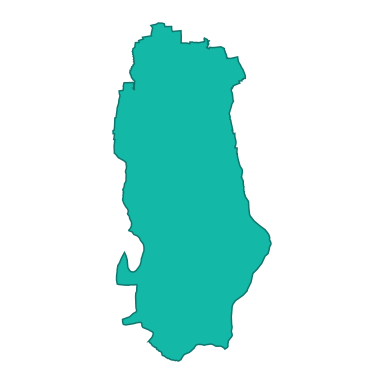 Recea, Brasov, Romania (Equal Earth projection)
{"feature_id": "2599482B10221924688269", "entity_name": "Recea", "entity_type": "district", "adm_level": 2, "iso_a3": "ROU", "parent_name": "Romania", "parent_adm1": "Brasov", "projection": "equal_earth", "projection_center": [24.936, 45.69], "detail": "fine", "context": "isolated", "style": "filled", "palette": "teal", "viewbox_px": 384, "rotation_deg": 0, "n_neighbors": 0, "source": "geoboundaries", "source_scale": "gbopen_adm2", "svg_char_len": 5862}
<svg xmlns="http://www.w3.org/2000/svg" viewBox="0 0 384 384"><path d="M224.9,349.1L227.5,347.3L227.9,346.4L227.9,344.0L228.4,341.1L228.9,340.1L231.6,336.7L232.1,335.8L232.2,334.7L231.3,331.3L232.0,327.9L232.1,326.8L231.6,324.4L231.3,316.7L232.2,306.2L233.1,303.9L235.4,300.7L243.3,295.0L247.1,290.9L247.5,289.3L250.8,282.6L251.2,281.3L252.8,273.7L253.3,273.0L256.9,269.5L261.9,263.1L265.0,256.2L267.6,254.0L268.1,253.4L269.3,249.1L269.5,247.1L270.8,244.6L271.0,243.6L270.6,241.8L269.5,239.8L269.7,237.4L268.6,234.4L267.6,232.9L265.0,229.6L259.9,225.9L254.1,221.0L250.3,216.1L249.6,214.7L248.8,207.8L248.5,201.5L245.1,196.4L245.0,195.9L245.2,195.4L244.5,194.3L244.3,193.1L244.1,191.8L244.3,191.6L243.6,190.5L243.9,189.9L243.6,188.2L243.9,187.3L243.9,186.6L243.6,186.1L243.3,184.9L243.5,184.5L243.2,183.2L243.3,181.5L243.0,180.3L241.9,178.6L241.9,177.7L241.3,177.0L241.7,176.1L242.1,173.3L242.4,172.7L242.4,171.8L242.3,170.0L241.9,169.0L240.1,166.3L239.4,164.0L237.9,158.6L237.7,157.2L237.4,156.0L237.3,153.5L236.8,153.4L237.1,148.0L235.0,147.9L235.1,146.1L235.5,146.0L236.0,143.0L235.9,141.2L235.5,139.4L235.0,137.4L234.8,136.2L234.8,133.4L233.4,133.8L233.2,133.5L233.2,133.0L232.8,131.8L232.0,130.4L232.8,130.2L230.9,121.6L230.7,120.0L230.0,119.2L230.1,118.3L230.0,117.9L230.1,117.7L230.1,116.7L229.2,113.4L231.5,105.8L231.5,105.2L231.8,104.2L233.5,101.1L233.4,100.8L233.0,99.9L232.5,95.0L232.3,93.4L231.2,90.5L231.2,90.1L231.6,88.2L232.0,88.6L232.4,88.1L232.9,87.0L233.3,86.4L233.2,85.8L238.2,83.7L239.8,83.2L238.9,81.1L242.0,80.8L241.9,79.7L242.1,79.4L243.2,79.3L243.4,78.5L245.3,78.4L245.3,76.4L245.1,75.2L243.1,69.9L242.7,69.2L241.5,67.5L240.5,65.3L239.8,64.0L239.2,63.3L238.8,62.3L238.2,60.8L237.6,56.9L231.0,58.4L227.3,58.4L227.5,57.8L227.2,57.6L226.7,57.5L226.4,57.0L226.7,56.3L226.4,55.1L226.1,54.5L226.1,54.2L225.9,53.6L225.5,53.2L225.2,52.2L225.2,51.8L224.3,49.7L224.3,49.3L224.3,48.5L220.9,46.8L214.7,47.5L212.3,47.6L209.8,47.3L209.1,48.8L207.3,48.0L207.6,47.6L206.9,47.2L207.4,47.0L207.7,46.2L208.0,45.7L207.7,44.7L208.5,44.4L208.6,43.7L207.5,43.7L207.7,42.9L207.6,42.2L208.4,42.1L209.1,40.9L207.5,40.9L207.4,39.6L204.4,38.1L204.1,38.8L204.6,41.6L198.0,42.8L197.7,42.5L193.5,42.5L192.6,42.1L189.9,42.1L189.9,43.7L186.2,43.0L184.2,43.1L181.1,43.0L181.2,40.2L181.2,35.5L181.0,32.7L181.0,30.7L172.5,31.5L171.7,29.9L171.6,26.5L164.9,26.6L164.3,23.8L162.7,23.4L162.5,23.2L158.3,23.0L156.9,23.8L156.3,24.3L154.1,24.7L150.9,25.5L152.7,27.9L152.7,28.1L152.4,28.7L151.2,34.2L151.5,35.8L142.5,37.3L143.4,39.0L138.6,40.6L139.0,42.5L135.4,42.6L134.8,47.4L133.0,48.7L132.8,50.1L132.6,50.6L132.6,51.1L132.3,51.6L132.7,52.1L132.8,52.6L133.1,52.9L133.1,53.1L132.8,53.8L132.8,54.3L133.6,55.6L133.5,56.0L133.2,56.5L133.6,56.9L133.8,57.3L133.7,57.7L133.9,58.0L133.9,58.3L133.7,58.7L133.7,59.1L133.5,59.6L134.1,60.3L134.2,60.5L133.8,61.6L133.6,61.7L133.6,61.9L134.2,62.2L134.3,63.9L133.9,64.0L133.2,64.7L133.3,65.2L132.9,65.7L132.6,66.5L131.9,66.7L131.9,67.3L131.6,68.1L131.5,68.3L131.2,68.3L131.1,68.5L131.2,69.5L130.8,70.5L130.5,70.7L130.1,70.5L129.8,72.8L130.4,73.5L130.5,73.9L130.4,74.7L130.5,74.9L131.0,75.2L131.4,75.7L131.4,76.0L131.3,76.3L131.3,76.7L131.5,77.5L132.8,78.9L132.9,79.6L134.5,80.6L134.7,81.2L134.6,82.6L134.4,84.0L134.3,86.8L134.1,87.1L134.3,87.6L134.2,88.1L134.0,88.5L134.4,89.1L134.4,89.5L133.8,89.5L133.2,88.5L133.6,88.6L133.8,88.4L133.5,88.3L133.7,87.0L133.7,86.5L133.8,86.2L133.7,85.1L133.3,82.5L124.0,82.8L123.7,83.9L123.2,86.7L123.5,87.1L123.1,90.4L119.1,90.9L119.3,92.5L119.4,94.1L119.8,94.6L119.9,95.9L119.7,97.3L119.0,99.6L118.6,103.3L117.2,107.8L117.1,109.6L116.0,117.7L115.8,117.8L115.0,117.8L114.9,118.0L114.5,127.0L114.3,128.4L114.2,130.1L113.0,130.6L113.1,133.7L114.5,133.7L114.1,137.5L113.7,139.5L114.9,139.6L114.1,145.9L114.4,153.3L114.7,153.3L115.6,154.1L118.3,157.6L124.2,160.9L125.3,162.0L126.1,162.3L126.1,164.6L126.5,166.0L126.4,168.6L125.7,170.3L125.5,172.0L126.2,174.2L126.0,179.3L126.1,180.9L124.5,183.9L124.1,187.0L122.8,189.7L123.1,190.0L123.1,190.7L123.6,192.0L123.2,192.7L123.5,193.2L123.0,195.1L123.2,196.3L122.6,199.9L123.9,203.5L125.8,206.8L127.3,208.5L128.2,210.6L128.3,211.9L127.6,213.4L127.6,214.1L129.4,216.4L129.6,218.4L131.4,222.1L131.6,223.0L131.4,226.0L130.4,228.4L129.0,229.9L128.8,230.6L132.5,232.1L133.2,233.6L133.9,234.5L137.3,235.8L139.5,238.0L140.3,240.0L143.3,244.0L144.0,247.0L144.0,250.6L142.9,253.8L142.0,257.0L141.4,258.4L141.1,261.8L140.1,265.0L138.9,267.0L136.2,270.5L133.8,272.0L131.0,271.7L129.6,270.5L127.9,267.6L127.7,266.1L127.2,259.9L125.9,255.5L124.5,252.5L121.6,257.8L119.4,263.1L117.9,265.4L117.1,270.2L117.2,271.3L116.6,275.5L116.5,280.1L117.3,284.1L119.1,284.5L125.0,285.1L128.7,285.2L130.8,284.8L134.5,284.9L136.1,284.5L137.1,285.1L136.8,287.8L136.7,291.5L135.8,293.1L135.6,296.4L136.0,307.7L136.7,310.7L135.9,312.1L133.1,313.6L129.7,316.8L122.5,319.4L122.7,322.4L123.4,324.4L125.8,324.9L133.3,323.7L137.0,322.7L140.8,322.3L141.7,323.3L142.0,325.9L142.8,327.4L148.2,329.6L152.9,332.2L153.2,333.5L153.2,334.3L152.1,337.2L148.5,341.4L148.9,341.3L149.4,341.6L149.6,342.3L149.9,342.8L150.8,343.3L151.2,343.6L151.8,344.9L152.4,345.5L154.5,347.1L155.1,347.4L156.4,347.6L156.5,348.6L156.8,349.4L158.0,349.8L158.8,350.9L160.5,351.6L161.4,352.2L161.7,352.9L162.1,354.9L162.4,355.4L162.8,355.6L164.2,355.9L165.8,357.2L166.9,357.8L167.6,358.4L168.7,358.4L170.3,359.4L171.8,359.9L173.2,360.0L175.6,360.6L176.6,360.3L178.3,361.0L179.3,360.7L180.2,360.0L180.9,359.7L181.9,357.8L182.9,356.2L183.7,355.1L184.1,354.7L185.3,354.0L189.5,352.3L190.0,351.7L191.4,350.8L192.6,349.4L193.8,348.6L194.9,346.7L196.1,345.2L196.8,344.8L198.1,344.4L201.4,344.5L202.6,344.7L203.6,345.1L204.9,345.1L206.4,344.6L208.0,344.5L209.6,344.1L211.4,344.1L213.1,344.6L215.3,345.9L215.8,346.1L216.7,346.2L220.9,346.1L221.5,346.4L223.6,347.7L224.5,348.5L224.9,349.1Z" fill="#14b8a6" stroke="#0f766e" stroke-width="1.5"/></svg>